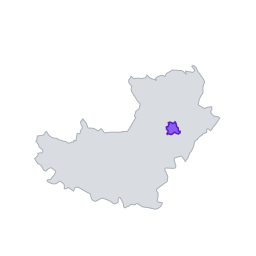 Labe, Labé, Guinea shown in context, rotated 121°
{"feature_id": "49546643B62226026687736", "entity_name": "Labe", "entity_type": "district", "adm_level": 2, "iso_a3": "GIN", "parent_name": "Guinea", "parent_adm1": "Labé", "projection": "robinson", "projection_center": [-12.343, 11.413], "detail": "fine", "context": "in_parent", "style": "filled", "palette": "violet", "viewbox_px": 256, "rotation_deg": 121, "n_neighbors": 0, "source": "geoboundaries", "source_scale": "gbopen_adm2", "svg_char_len": 4945}
<svg xmlns="http://www.w3.org/2000/svg" viewBox="0 0 256 256"><g transform="rotate(121 128 128)"><path d="M153.6,167.3L151.8,167.0L151.0,167.4L148.6,170.6L147.1,171.9L144.9,171.5L144.0,171.7L143.4,171.3L144.3,169.6L145.4,166.1L148.4,162.6L148.4,161.9L147.2,159.8L146.0,157.0L145.9,154.0L145.7,151.8L143.1,151.2L142.6,150.9L142.5,150.1L144.0,146.4L144.1,145.6L143.9,145.0L142.3,143.1L139.8,139.5L135.5,132.3L133.8,130.7L132.3,128.5L131.7,127.1L130.1,126.6L115.0,126.7L114.7,128.6L109.5,129.9L106.3,128.4L102.8,129.3L101.0,130.2L99.7,134.5L98.9,135.4L98.2,137.3L97.5,138.3L96.7,140.4L95.0,143.4L93.2,145.3L90.2,146.4L89.3,149.5L88.6,150.7L87.4,151.6L86.2,152.2L83.7,151.6L82.3,152.1L82.1,151.3L82.8,148.8L82.2,147.6L79.9,145.0L79.6,143.7L78.9,142.1L75.8,138.8L72.9,139.0L73.7,136.2L73.6,132.5L72.7,130.5L72.9,128.5L72.4,128.6L71.4,130.0L69.8,129.6L66.6,127.4L65.0,125.2L64.9,123.4L64.5,122.7L63.5,123.1L61.5,123.1L55.5,119.8L51.2,111.7L51.1,109.9L51.7,106.7L51.6,105.9L49.6,108.0L49.2,106.6L47.7,103.3L47.3,101.4L45.8,100.6L44.6,100.5L43.7,101.1L42.5,104.9L41.7,104.9L40.7,104.0L40.9,101.2L43.3,97.7L47.2,88.7L48.6,86.6L49.5,85.9L51.3,85.8L54.9,84.6L59.4,81.8L62.7,82.0L66.7,81.7L72.0,79.8L72.0,73.8L71.8,72.4L70.0,71.2L68.9,70.2L68.0,68.8L66.9,67.9L66.9,66.9L69.2,65.6L71.3,65.6L72.0,65.1L72.6,64.3L73.2,62.1L73.4,59.8L72.0,56.7L72.1,54.5L79.7,54.8L83.9,55.5L87.3,55.6L87.9,56.1L87.4,58.2L87.8,59.5L89.0,59.8L90.9,58.3L91.9,58.7L94.1,60.5L96.1,61.0L98.2,62.0L100.3,62.6L102.1,62.5L103.5,63.5L106.0,63.8L109.3,62.5L111.9,62.0L115.5,61.8L117.4,62.2L123.0,61.2L127.3,61.8L126.6,62.5L124.6,67.3L124.9,68.2L129.3,72.3L130.4,72.6L131.6,72.0L133.5,70.1L135.0,68.1L136.4,67.1L138.1,67.1L139.4,68.6L142.6,74.6L143.4,75.4L144.1,75.4L145.5,74.3L146.2,72.9L149.1,68.9L153.6,66.9L164.4,71.5L165.9,71.9L166.9,71.5L168.2,68.8L172.2,66.5L174.2,65.9L175.3,65.8L175.7,65.1L175.9,64.0L175.7,62.8L174.4,60.8L174.4,60.2L175.1,59.8L176.6,59.5L178.6,59.7L180.9,60.6L182.7,61.8L183.8,63.4L185.8,69.7L188.1,74.8L188.0,81.5L189.0,82.1L190.1,82.4L190.6,83.0L191.7,85.7L192.8,86.5L194.0,86.7L196.3,88.5L197.8,89.2L198.0,89.7L198.0,90.5L197.4,91.4L195.2,93.2L194.1,94.8L191.8,98.6L191.7,99.3L192.2,99.9L193.2,99.9L194.2,99.7L196.3,98.3L197.9,98.8L199.5,99.8L200.1,100.9L200.3,102.4L199.9,104.3L199.9,106.3L200.4,109.9L201.2,113.4L202.1,114.7L207.4,117.9L207.9,119.0L208.2,120.3L207.8,122.1L207.3,123.1L204.4,125.9L203.9,127.2L204.2,129.7L204.4,140.1L205.5,141.8L206.9,142.7L210.1,142.2L210.0,145.1L209.6,148.4L211.5,149.4L212.4,150.3L212.9,151.3L210.0,153.0L209.1,154.0L208.7,156.7L208.8,159.2L212.8,161.0L214.3,163.1L215.0,165.2L215.3,169.3L214.9,170.3L213.9,170.3L211.9,167.8L208.8,167.5L206.5,167.0L202.7,167.4L202.1,168.1L201.6,173.5L202.6,174.4L204.4,175.5L205.6,175.9L206.6,175.8L207.3,176.5L207.5,178.2L207.0,179.6L206.0,180.8L204.7,183.9L205.0,186.8L202.9,191.4L202.3,192.3L199.4,191.4L197.6,191.1L196.2,192.2L194.4,190.5L194.0,189.1L193.4,188.8L192.1,188.8L191.0,189.5L190.5,191.0L190.2,193.9L188.1,196.7L186.7,200.2L185.0,199.9L184.6,200.3L182.8,201.2L181.3,201.5L180.9,200.5L180.0,199.8L179.0,198.3L177.8,197.1L175.6,196.3L174.8,196.7L173.7,196.6L173.1,196.1L173.2,195.4L174.3,193.6L174.9,191.9L175.3,190.1L175.3,188.3L174.7,185.9L173.7,184.0L173.5,182.8L173.6,181.2L173.3,179.7L173.0,179.0L172.5,176.1L172.0,175.6L171.6,173.4L171.7,171.0L170.9,170.2L169.6,169.5L168.8,168.6L168.3,167.6L167.8,167.3L167.4,167.4L167.0,168.0L166.6,168.1L165.8,166.0L165.5,165.9L164.9,166.4L158.8,168.8L158.0,166.7L156.8,166.4L154.8,167.2L153.6,167.3Z" fill="#d9dde1" stroke="#a8b0b8" stroke-width="1"/><path d="M112.6,91.8L113.2,91.0L112.7,90.7L112.2,90.3L111.9,90.0L111.8,89.1L111.8,88.8L111.6,88.3L111.6,88.0L111.5,87.8L111.2,87.6L110.9,87.3L110.5,87.0L109.8,86.6L109.0,86.4L108.2,86.3L107.7,86.2L107.6,85.9L107.6,85.5L107.7,85.0L107.7,84.2L107.6,83.4L107.3,82.3L107.3,81.9L107.2,81.7L106.9,81.5L106.5,81.6L106.0,81.4L105.8,81.3L105.4,80.9L104.7,81.3L104.4,81.3L104.1,81.4L104.0,81.6L104.1,81.9L104.4,82.7L104.5,83.1L104.2,83.6L103.7,83.9L103.5,84.0L103.0,84.4L102.6,84.6L102.3,84.9L102.1,85.0L102.0,85.3L101.9,86.0L101.9,86.5L101.8,86.9L101.7,87.2L101.6,87.3L101.2,87.5L100.9,87.7L100.7,87.9L100.6,88.0L100.4,88.1L100.2,88.4L99.8,88.8L99.5,89.2L99.3,89.5L99.0,89.7L98.8,90.0L98.6,90.2L98.5,90.6L98.5,90.8L98.8,90.7L99.2,90.5L99.5,90.5L99.6,90.9L99.8,91.1L100.1,91.1L100.4,91.4L100.5,91.7L100.9,91.6L101.2,91.9L101.2,92.2L101.0,92.7L101.0,93.0L101.0,93.3L101.1,93.6L101.2,94.0L101.2,94.3L101.3,94.4L101.3,94.7L101.4,95.0L101.6,95.4L101.7,95.5L101.9,95.6L102.1,95.6L102.4,95.7L102.5,95.9L102.9,96.1L103.1,95.8L103.1,95.3L103.3,95.2L103.5,94.9L103.6,94.7L103.8,94.8L104.2,94.9L105.2,94.7L106.0,94.4L106.4,94.4L106.6,94.6L106.8,95.1L107.1,95.6L107.3,95.7L107.7,95.5L108.0,95.2L108.4,94.9L108.8,94.6L109.1,94.4L109.4,93.7L109.5,93.0L109.7,92.2L110.1,91.9L110.6,91.7L111.2,91.7L111.4,91.6L111.7,91.6L112.1,91.8L112.6,91.8Z" fill="#8b5cf6" stroke="#5b21b6" stroke-width="1.5"/></g></svg>